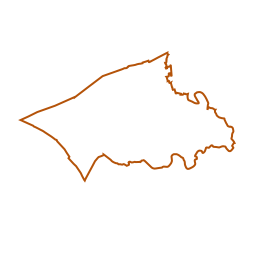 Murighiol, Tulcea, Romania (orthographic projection), rotated 71°
{"feature_id": "2599482B84020842271263", "entity_name": "Murighiol", "entity_type": "district", "adm_level": 2, "iso_a3": "ROU", "parent_name": "Romania", "parent_adm1": "Tulcea", "projection": "orthographic", "projection_center": [29.149, 44.927], "detail": "fine", "context": "isolated", "style": "outline", "palette": "amber", "viewbox_px": 256, "rotation_deg": 71, "n_neighbors": 0, "source": "geoboundaries", "source_scale": "gbopen_adm2", "svg_char_len": 5449}
<svg xmlns="http://www.w3.org/2000/svg" viewBox="0 0 256 256"><g transform="rotate(71 128 128)"><path d="M139.2,39.4L139.0,40.0L138.5,40.4L137.6,40.9L136.5,42.2L136.2,43.1L135.7,43.8L135.5,44.1L134.4,45.1L136.7,47.0L135.0,46.3L132.1,44.9L130.9,44.1L130.5,44.0L129.7,44.0L126.0,44.4L123.6,44.8L122.8,45.0L120.6,45.7L119.9,46.0L118.8,46.7L118.4,47.1L117.6,48.0L117.2,49.0L117.0,49.8L116.9,50.1L116.9,50.4L116.8,51.0L116.8,51.4L117.0,51.8L117.4,53.3L117.6,53.7L118.2,54.1L118.9,54.3L119.9,54.3L123.5,53.6L123.8,53.6L126.1,53.0L126.9,52.9L127.5,53.1L127.6,53.3L127.5,54.0L127.0,55.4L126.7,55.9L126.0,56.9L123.9,58.8L121.5,61.5L121.1,61.8L120.3,61.9L119.9,61.9L119.0,61.8L117.7,61.5L116.4,60.9L115.2,60.2L115.1,61.9L114.0,63.6L113.9,63.5L113.7,63.9L113.6,64.0L113.8,64.2L114.1,64.4L114.1,64.7L114.2,64.8L114.3,65.0L114.3,65.6L114.2,66.0L113.8,67.1L113.6,67.5L112.8,66.9L110.5,70.6L111.0,70.9L110.9,71.4L110.7,71.6L106.7,71.4L106.5,73.1L106.0,73.1L105.9,73.2L104.6,73.0L104.1,72.9L103.9,73.1L99.6,72.8L99.2,72.9L99.0,72.7L99.1,73.5L98.9,74.0L98.7,74.2L98.4,74.2L97.3,74.1L97.0,73.9L96.8,74.0L96.7,74.1L96.6,74.5L96.6,75.2L96.4,75.1L92.4,74.9L92.1,75.0L92.4,73.4L92.4,73.0L92.3,72.7L92.0,72.5L91.6,72.4L91.4,72.3L91.3,72.2L91.1,72.1L90.9,72.0L90.6,72.0L89.9,71.8L89.8,71.7L89.7,71.5L89.9,70.3L90.2,70.2L91.4,70.4L92.1,70.2L92.6,70.2L92.7,69.8L92.6,69.7L82.9,67.2L82.7,67.3L82.7,67.6L82.8,67.7L83.3,68.0L83.4,68.4L83.4,68.9L83.3,69.3L83.4,69.5L83.1,70.5L83.3,71.3L83.6,71.4L84.2,71.6L84.2,72.6L83.2,72.8L83.0,72.4L82.7,72.1L82.2,71.8L82.2,71.7L81.7,71.4L80.9,71.2L80.3,71.4L80.0,71.4L79.4,71.7L79.2,71.7L79.2,71.4L78.5,71.5L78.7,70.8L78.6,70.6L78.1,70.3L77.4,69.9L76.7,69.8L76.5,69.6L76.2,69.3L75.7,69.4L75.4,69.3L74.5,68.6L73.7,67.8L73.0,67.5L72.4,67.0L71.9,66.5L71.7,65.9L71.1,66.3L70.6,66.6L70.2,66.6L69.6,66.3L71.1,76.5L71.8,80.8L72.2,83.5L72.5,85.1L72.4,85.2L72.5,85.5L72.6,86.4L72.6,86.6L72.4,86.8L71.8,86.8L71.0,86.8L71.0,87.0L71.0,89.6L70.9,91.9L70.9,92.6L70.9,92.9L71.1,93.0L71.5,93.2L71.3,95.1L70.9,96.8L70.7,98.6L70.7,100.3L70.5,102.0L69.8,106.1L69.7,107.3L69.8,107.5L70.0,107.5L70.3,108.1L70.3,108.3L70.2,108.5L70.5,108.8L70.7,109.2L70.8,109.6L70.8,110.3L70.3,112.0L70.5,113.8L70.7,135.1L76.0,151.3L78.3,158.2L81.8,168.8L81.4,168.8L83.2,189.7L83.4,208.6L84.7,218.6L85.5,227.0L95.0,216.9L95.8,216.6L97.5,214.8L103.6,209.0L104.5,208.4L111.1,203.3L113.4,201.7L115.4,200.4L116.0,199.4L117.5,199.3L121.6,197.5L127.5,194.9L131.6,194.0L136.1,192.8L137.2,194.1L144.1,191.1L146.8,189.7L147.1,189.5L155.3,187.3L158.3,187.0L162.8,186.3L163.7,186.0L162.8,185.2L161.8,184.2L152.2,173.8L149.4,170.8L148.7,170.1L146.3,166.1L146.0,165.4L145.9,165.2L145.9,162.7L145.8,160.8L145.7,160.1L145.6,159.9L145.4,159.8L145.0,159.7L145.4,159.4L146.9,158.4L152.5,154.7L154.0,154.1L154.5,153.7L155.3,153.1L156.2,152.2L156.9,151.4L157.4,150.8L157.8,149.8L158.1,149.4L158.5,149.2L159.2,148.8L159.3,148.6L159.7,147.2L160.2,146.5L160.7,145.5L160.8,145.1L160.7,144.5L160.7,144.1L160.8,143.7L162.0,142.5L163.3,141.5L163.3,141.2L163.2,140.0L163.2,139.4L162.9,139.0L161.9,138.7L161.6,138.6L160.8,138.7L160.6,138.5L160.4,138.1L160.4,137.6L160.5,137.2L160.8,136.8L161.5,136.1L161.7,135.9L161.8,135.5L162.0,134.9L162.1,134.1L162.2,132.6L162.7,131.9L163.3,130.0L163.6,129.1L163.7,128.8L163.7,128.2L163.9,128.0L164.2,127.6L164.2,127.4L164.1,127.0L163.3,125.9L163.3,125.5L163.5,124.7L163.5,124.2L163.5,123.8L163.8,123.4L164.7,122.8L172.7,118.7L173.3,118.3L173.8,117.9L174.4,117.2L175.0,116.2L175.3,115.0L176.0,111.1L176.3,109.8L176.5,108.7L176.1,108.0L176.1,106.8L176.5,105.9L176.9,105.0L177.5,103.6L177.5,102.5L177.2,101.7L176.6,100.6L175.4,98.8L174.3,97.8L173.6,97.3L172.6,96.9L171.4,96.7L170.9,96.5L169.7,96.3L169.1,96.1L168.7,95.8L168.3,95.3L168.1,94.9L167.9,94.4L167.7,93.4L167.8,92.8L168.1,92.0L168.6,90.6L169.2,89.8L170.4,88.7L172.2,87.5L172.8,87.2L173.5,86.6L173.6,86.3L174.4,85.7L175.8,85.7L176.5,85.7L177.4,85.4L178.4,85.4L178.9,85.5L180.9,86.0L182.2,86.1L184.5,85.9L185.4,85.5L185.7,85.3L186.0,85.0L186.3,84.3L186.4,83.4L186.3,82.2L186.1,80.6L185.9,79.5L185.5,78.2L185.0,77.3L184.6,76.7L184.2,76.3L183.5,76.0L182.8,75.9L181.3,75.7L180.5,75.5L180.0,75.2L179.8,74.8L179.7,74.4L179.7,73.7L179.7,73.1L179.4,72.9L179.1,72.7L178.7,72.6L177.9,72.5L177.5,72.7L177.2,73.0L176.6,73.7L176.1,73.6L175.6,73.2L173.1,70.1L172.7,69.1L172.6,68.6L172.6,68.2L172.7,67.6L173.3,66.4L173.6,66.0L174.0,65.8L174.5,65.7L175.1,65.7L175.7,65.6L175.9,65.4L176.0,65.1L175.8,64.2L175.4,63.5L174.8,62.7L173.8,61.9L172.1,60.6L172.0,60.2L172.1,59.8L173.0,58.0L172.9,57.7L171.7,55.2L171.6,54.8L171.7,54.4L171.8,54.2L172.2,53.8L172.9,53.7L173.5,53.4L173.8,52.9L174.6,51.0L175.9,48.5L176.1,47.9L176.0,45.6L176.1,44.5L176.3,43.8L176.6,43.2L177.3,42.0L177.6,41.9L178.8,41.7L179.4,41.6L181.5,40.7L182.3,40.3L182.6,40.1L183.1,39.2L183.1,38.5L182.8,37.6L181.6,35.6L181.1,34.9L180.9,34.8L180.5,34.9L179.1,35.3L178.7,35.3L178.5,35.1L178.1,34.6L177.3,33.6L176.6,32.8L176.8,32.2L175.6,32.3L174.0,32.8L172.0,33.7L171.8,33.7L171.1,33.3L170.7,33.0L169.8,32.4L168.5,31.9L167.4,31.3L166.8,30.8L166.4,30.2L165.6,29.5L164.5,29.2L162.7,29.0L162.1,29.0L161.3,29.3L160.6,29.9L160.1,30.7L160.2,30.8L160.0,31.3L159.6,32.0L159.0,32.6L158.7,32.9L158.2,33.1L156.6,33.3L155.3,33.6L152.4,33.9L151.8,34.0L150.5,33.8L150.3,33.9L149.3,36.0L148.4,37.3L147.7,38.3L146.9,38.9L146.0,39.5L145.0,40.0L144.8,40.0L144.0,40.0L143.1,40.1L141.4,40.5L141.2,40.5L140.1,40.2L139.7,40.0L139.2,39.4Z" fill="none" stroke="#b45309" stroke-width="2"/></g></svg>